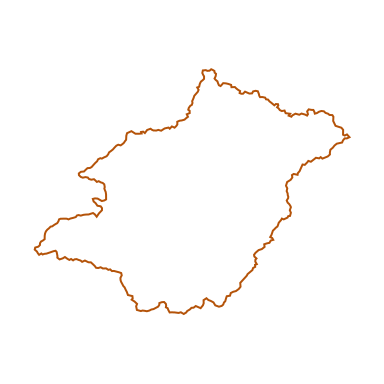 Dom Feliciano, Rio Grande do Sul, Brazil, rotated 86°
{"feature_id": "56859067B48713778457520", "entity_name": "Dom Feliciano", "entity_type": "district", "adm_level": 2, "iso_a3": "BRA", "parent_name": "Brazil", "parent_adm1": "Rio Grande do Sul", "projection": "orthographic", "projection_center": [-52.217, -30.609], "detail": "fine", "context": "isolated", "style": "outline", "palette": "amber", "viewbox_px": 384, "rotation_deg": 86, "n_neighbors": 0, "source": "geoboundaries", "source_scale": "gbopen_adm2", "svg_char_len": 5234}
<svg xmlns="http://www.w3.org/2000/svg" viewBox="0 0 384 384"><g transform="rotate(86 192 192)"><path d="M238.5,352.9L240.5,350.9L242.4,350.0L244.0,348.9L242.8,346.6L243.9,345.4L243.4,343.6L243.3,341.4L242.2,337.2L241.4,334.3L241.1,332.2L242.4,331.2L246.5,330.7L248.1,330.9L250.0,328.8L249.2,325.6L248.0,323.3L250.0,320.9L251.2,319.1L250.4,317.3L251.9,315.4L251.0,313.9L250.9,311.8L251.8,310.0L252.6,307.9L254.0,306.5L252.9,303.6L254.9,300.2L255.1,297.8L257.2,295.8L259.1,294.1L260.9,293.0L261.3,290.9L260.7,288.4L262.1,286.2L262.2,283.0L263.8,280.9L263.5,279.0L265.3,277.4L265.3,275.4L267.0,270.4L267.9,268.3L270.2,267.9L272.7,269.4L275.0,269.4L276.6,269.0L278.8,268.0L281.1,267.0L282.4,265.9L285.1,264.9L287.1,264.0L290.3,263.1L291.7,258.7L294.0,258.6L295.2,259.7L297.3,256.9L299.8,254.6L302.1,255.7L305.8,255.2L307.2,251.3L306.8,249.6L307.2,247.6L307.8,245.3L307.3,242.8L306.4,240.8L306.1,238.5L304.0,233.8L302.3,232.5L300.5,232.3L299.8,229.8L299.8,227.5L301.7,225.9L303.4,225.7L305.2,226.1L306.2,224.4L308.2,223.8L310.6,222.7L310.6,220.8L310.9,217.8L311.7,213.8L311.2,211.5L313.1,208.8L311.8,206.2L310.4,205.1L309.0,202.3L307.5,200.6L307.5,198.5L306.0,196.2L308.5,191.5L305.8,189.0L303.8,188.1L300.7,188.0L299.0,185.0L300.9,183.2L301.9,181.0L303.6,178.3L306.7,176.7L308.3,173.1L307.7,170.3L306.5,168.7L304.4,167.8L303.4,166.5L300.3,165.4L298.4,164.6L298.1,161.3L295.5,160.4L294.4,157.8L293.9,155.1L292.0,152.1L289.9,150.2L286.0,150.2L280.4,144.3L279.2,143.1L277.8,142.3L274.1,137.2L272.1,136.4L271.1,134.2L269.0,134.2L268.5,132.4L265.9,133.7L264.0,133.5L262.8,132.3L260.7,134.3L259.0,134.5L257.1,132.9L254.6,129.6L253.8,126.3L251.8,123.4L249.2,123.6L248.5,121.0L248.1,118.3L245.9,116.8L245.4,114.3L243.5,115.2L242.4,117.1L240.3,115.7L238.4,114.9L236.2,114.0L234.9,112.4L233.4,110.8L232.4,109.2L230.7,108.4L228.7,107.6L226.2,105.1L224.8,104.2L225.7,102.4L225.0,100.6L224.2,98.5L222.8,97.7L222.7,95.9L219.6,94.8L217.0,95.7L214.0,94.4L212.6,94.9L210.8,95.9L209.3,97.3L207.1,98.1L204.8,96.5L203.3,96.3L201.9,96.7L200.1,96.7L197.7,97.5L195.0,96.7L192.3,97.8L188.7,96.4L186.7,92.7L184.5,90.9L182.1,91.1L181.1,89.3L182.2,85.5L180.6,85.1L178.7,83.2L176.6,82.1L172.3,79.8L172.8,77.6L170.4,74.9L169.1,73.8L170.1,71.3L167.7,67.7L166.5,66.0L167.3,62.8L166.2,61.2L167.8,59.6L166.0,54.1L164.2,51.8L162.2,51.7L159.5,51.0L157.7,48.5L155.6,46.6L153.9,44.2L153.1,38.8L151.1,37.8L149.2,36.0L149.3,33.7L148.3,31.1L145.4,33.4L146.3,35.7L145.4,37.3L140.5,36.9L138.3,38.5L136.0,44.2L131.0,46.2L126.8,45.7L125.1,46.6L124.7,49.5L123.4,50.8L122.4,53.3L120.7,54.8L120.2,57.3L120.8,59.7L122.0,61.9L122.4,64.0L120.4,64.4L118.6,65.2L118.4,67.2L117.7,69.8L119.6,71.5L122.5,70.9L123.8,71.9L122.6,73.9L121.4,77.3L122.4,79.6L121.1,83.3L122.6,86.6L123.8,87.6L122.6,90.2L120.8,88.7L119.9,93.1L117.2,94.0L117.5,96.8L116.4,98.7L114.6,99.8L113.4,101.2L111.8,99.9L110.4,100.1L110.1,102.2L111.3,103.8L108.4,106.8L107.0,108.4L105.1,109.7L104.7,111.7L103.0,112.4L102.2,115.0L102.1,117.5L100.6,118.2L99.1,118.4L96.1,119.3L95.5,121.5L95.9,124.0L97.8,125.2L97.8,127.9L96.4,130.6L95.6,132.1L97.5,134.2L97.4,136.0L96.6,137.6L94.6,137.0L93.4,138.8L91.8,140.6L90.3,141.9L90.2,145.3L87.9,145.5L86.7,148.3L86.0,150.6L85.6,153.3L86.8,154.5L88.3,156.1L87.4,157.7L85.1,158.5L83.4,158.9L81.8,160.6L80.4,161.6L78.1,160.3L75.8,159.8L74.5,161.1L72.8,161.2L71.7,162.8L70.9,164.3L72.2,166.0L72.2,168.3L71.4,169.7L71.5,172.7L74.0,173.4L75.9,172.7L77.5,171.9L80.0,172.1L81.2,173.5L82.5,175.4L84.3,176.5L85.7,177.0L87.5,177.5L88.1,179.5L90.5,178.3L92.4,179.2L94.5,181.3L96.2,183.0L98.2,183.8L99.8,184.6L101.4,185.5L103.2,185.3L105.1,186.1L105.8,187.6L107.8,189.3L109.7,190.0L110.8,188.7L113.1,188.8L114.1,191.8L116.7,190.8L118.1,192.9L119.3,194.4L119.9,197.3L120.0,199.4L120.9,201.8L123.6,201.9L125.1,203.1L126.6,204.9L125.2,207.5L127.3,209.8L126.1,210.9L126.4,213.1L126.7,214.9L128.7,218.5L127.7,221.3L128.2,223.3L127.9,226.2L127.1,227.7L126.0,228.9L127.0,232.4L129.9,234.9L128.4,236.5L128.6,238.6L130.1,238.2L130.2,241.0L129.9,244.4L127.1,248.2L128.8,252.7L131.3,253.6L133.0,253.8L135.3,254.1L136.6,255.3L138.2,256.5L139.4,258.1L140.5,259.9L139.7,262.3L140.5,264.2L142.3,266.2L144.1,268.0L145.6,270.2L146.7,272.0L148.6,273.0L150.4,274.7L151.4,277.5L152.4,279.6L151.9,281.1L152.8,283.4L154.7,284.5L156.3,286.5L158.5,288.8L160.1,290.4L160.9,292.1L160.9,294.6L162.5,296.6L164.0,298.3L164.1,301.4L165.6,303.6L167.3,303.6L169.2,301.9L170.1,299.9L169.7,297.3L170.3,294.9L171.8,293.9L172.7,291.6L172.4,288.9L173.6,287.7L175.3,286.2L174.7,284.3L176.1,282.2L176.7,280.5L178.2,279.0L181.0,278.7L182.4,279.2L184.3,278.7L185.9,278.1L188.5,277.9L193.4,278.2L194.3,280.0L194.7,282.6L192.0,286.6L191.6,289.2L192.0,291.4L194.6,290.8L196.3,289.0L199.1,287.3L199.9,284.1L201.8,282.9L203.9,283.1L206.8,286.3L210.0,288.8L207.4,290.6L206.1,292.2L206.6,294.4L207.2,296.6L207.1,299.3L207.2,301.8L207.8,304.6L207.1,306.7L207.4,308.4L208.9,309.7L209.5,312.3L210.0,315.2L210.7,317.1L209.9,318.8L209.7,321.3L209.5,324.9L210.0,326.5L211.9,327.3L213.7,328.6L214.4,330.2L215.4,332.1L216.5,333.8L216.7,335.5L218.4,337.4L219.4,338.9L221.1,340.5L223.2,341.5L225.4,342.0L228.8,342.3L230.1,344.3L230.9,346.1L232.5,347.2L234.3,347.4L235.8,349.1L236.5,352.3L238.5,352.9Z" fill="none" stroke="#b45309" stroke-width="2"/></g></svg>